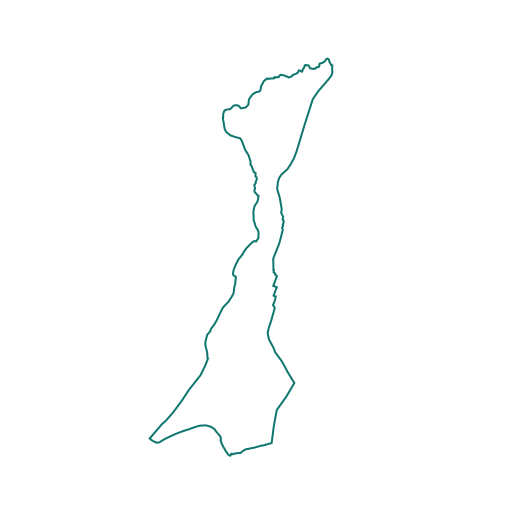 Seruyan, Kalimantan Tengah, Indonesia, rotated 21°
{"feature_id": "22746128B10156150641021", "entity_name": "Seruyan", "entity_type": "district", "adm_level": 2, "iso_a3": "IDN", "parent_name": "Indonesia", "parent_adm1": "Kalimantan Tengah", "projection": "equal_earth", "projection_center": [112.304, -2.121], "detail": "fine", "context": "isolated", "style": "outline", "palette": "teal", "viewbox_px": 512, "rotation_deg": 21, "n_neighbors": 0, "source": "geoboundaries", "source_scale": "gbopen_adm2", "svg_char_len": 5757}
<svg xmlns="http://www.w3.org/2000/svg" viewBox="0 0 512 512"><g transform="rotate(21 256 256)"><path d="M258.5,50.6L257.9,50.9L257.6,50.7L257.0,50.0L255.8,49.2L255.3,48.6L254.8,48.3L253.8,46.6L253.0,46.2L252.2,46.0L251.9,46.2L251.2,46.7L251.1,47.1L251.0,47.7L250.8,47.9L250.4,49.7L250.1,50.1L249.9,50.5L249.2,51.3L248.7,52.1L247.9,52.6L246.9,53.1L246.6,53.5L246.5,54.0L246.4,54.6L246.8,55.2L246.9,55.6L247.0,56.3L246.9,56.8L246.6,57.1L246.3,57.4L245.6,57.8L245.3,57.8L244.9,58.2L244.8,58.6L244.5,59.4L244.3,59.7L243.9,59.8L243.6,60.1L243.3,60.4L242.3,60.6L241.9,60.9L241.3,61.2L240.7,61.1L239.6,61.3L238.5,61.0L237.6,59.8L237.2,59.4L236.9,59.3L236.0,59.3L234.8,60.0L233.7,59.9L233.4,60.3L233.2,60.6L233.2,61.2L233.5,61.7L233.5,62.1L233.3,63.5L233.1,63.8L232.9,64.3L232.9,64.9L233.0,66.7L232.9,67.3L232.6,67.6L232.0,67.6L231.6,67.4L231.4,67.2L230.9,67.1L230.5,67.1L229.7,67.3L229.4,67.7L229.3,68.3L229.4,69.4L229.3,69.9L228.6,70.7L228.4,71.2L227.7,71.9L227.0,72.4L226.4,73.0L225.7,73.6L225.4,74.1L225.3,74.9L224.8,75.8L224.4,76.0L223.4,76.9L222.8,77.6L222.4,77.7L221.5,77.4L220.5,77.4L219.8,77.5L219.4,77.5L217.8,77.3L217.4,77.3L217.1,77.5L216.6,77.6L216.1,77.6L215.4,77.8L214.5,77.8L213.7,78.4L213.4,79.0L213.3,79.5L213.2,80.1L213.1,80.7L212.9,81.0L211.2,81.7L210.7,82.1L209.6,82.1L209.3,82.4L209.5,82.7L209.5,83.2L209.4,83.5L209.1,83.8L207.9,84.2L207.0,84.7L206.4,84.9L205.9,84.9L205.6,85.2L205.3,85.6L204.7,85.9L204.3,86.2L203.8,86.3L203.2,86.2L202.8,86.2L202.5,86.6L202.3,86.9L202.2,87.7L201.3,88.5L201.0,89.0L200.8,90.0L200.5,90.5L200.4,92.4L199.9,95.1L199.9,96.0L200.1,96.9L200.4,97.8L200.7,98.8L200.7,100.2L200.2,101.1L198.9,102.1L197.6,102.8L195.8,104.9L195.3,105.9L194.6,106.9L194.2,108.9L193.9,109.8L193.3,112.2L194.0,115.3L194.4,116.1L194.6,117.4L194.4,118.2L194.1,118.6L193.5,120.4L193.1,120.8L192.6,121.5L191.4,122.1L189.8,123.2L188.9,123.5L187.7,123.0L186.6,122.1L183.9,122.1L183.0,122.5L181.2,123.7L180.4,125.5L179.9,126.7L179.2,128.2L178.5,128.6L176.3,129.7L175.0,130.7L174.4,132.0L174.5,134.6L174.7,135.9L174.9,136.5L175.4,137.5L175.7,138.6L175.5,138.9L181.3,148.7L183.8,150.9L189.1,152.6L194.5,152.3L198.8,151.8L200.6,152.7L203.4,155.7L207.5,160.5L212.9,164.6L217.3,170.1L217.9,172.5L219.7,173.7L220.8,174.9L223.9,178.5L225.8,178.6L226.4,180.1L226.8,181.7L228.6,182.6L229.1,183.9L229.3,184.6L229.1,186.7L229.6,187.8L229.5,188.7L228.9,190.3L230.8,193.1L231.1,195.6L231.6,196.6L236.1,198.9L236.9,198.9L237.3,200.9L237.7,203.3L237.8,205.3L237.1,208.2L236.8,210.1L237.0,212.0L237.4,214.2L237.9,216.1L238.4,217.4L239.0,218.5L240.9,223.2L245.4,228.9L248.2,230.9L250.0,233.1L251.8,238.5L250.8,242.4L250.5,242.3L248.7,242.9L246.8,246.2L244.2,252.3L243.0,257.4L242.9,259.0L242.2,261.3L241.8,262.6L241.0,264.8L240.8,265.9L240.7,266.6L240.5,268.3L240.2,270.8L240.1,273.6L240.1,275.9L240.3,278.4L240.9,281.0L242.0,282.2L244.6,282.6L246.7,289.9L246.7,292.2L248.4,298.6L248.0,302.3L246.7,308.5L243.5,316.3L242.8,324.2L242.4,329.9L241.5,335.3L240.1,340.0L240.2,342.8L238.7,347.1L239.5,354.2L240.8,357.7L244.9,363.4L247.7,369.5L247.9,369.4L247.9,375.5L247.0,386.9L241.3,405.2L238.5,418.1L234.6,431.9L230.8,442.3L228.7,446.1L222.1,464.5L223.1,464.8L224.5,465.3L225.3,465.5L225.8,465.6L227.1,465.8L227.7,465.7L228.1,465.8L228.6,465.7L229.1,465.7L229.7,466.0L229.9,466.0L230.9,465.7L231.7,465.2L232.2,464.8L233.4,463.6L235.0,461.3L237.2,458.7L237.5,458.4L238.1,457.8L240.9,454.8L241.1,454.5L241.4,454.3L243.2,452.4L246.4,449.4L250.7,445.6L250.8,445.5L250.9,445.3L251.1,445.3L251.3,445.2L253.0,443.7L256.2,441.2L256.7,440.7L257.6,440.0L258.4,439.2L258.8,438.9L260.1,437.8L262.3,436.0L264.3,434.6L266.1,433.7L269.4,432.3L270.0,432.1L271.0,431.9L271.7,431.9L273.2,431.7L275.8,431.6L277.6,432.2L278.9,432.3L280.4,433.2L281.0,433.6L281.2,433.8L282.3,434.5L283.3,435.0L283.5,435.0L283.6,434.8L283.5,435.0L283.8,435.2L283.9,435.3L284.5,435.6L284.8,435.8L285.0,435.9L285.9,436.4L286.0,436.4L288.0,437.8L288.6,439.0L288.7,439.7L288.8,440.1L288.9,440.4L289.1,440.5L289.1,441.0L289.8,441.7L289.9,441.8L290.0,441.9L290.0,442.0L290.3,442.3L290.4,442.6L290.7,443.0L291.3,443.4L291.7,444.0L292.3,444.5L292.7,444.8L292.9,445.0L293.1,445.1L293.3,445.3L294.0,445.9L294.1,446.1L294.5,446.4L296.3,447.7L296.8,448.3L297.7,449.1L298.1,449.3L298.9,449.8L299.6,450.1L299.8,450.4L300.5,450.9L301.7,451.5L303.5,451.7L303.7,451.3L303.6,451.0L303.8,450.2L304.1,449.3L304.6,449.3L304.6,449.6L304.8,449.7L306.0,448.7L307.0,448.2L308.5,447.0L309.0,446.8L309.5,446.6L310.3,446.1L311.7,445.8L312.2,445.3L312.4,444.9L313.3,443.4L314.4,441.7L315.0,441.0L315.5,440.6L315.6,440.3L316.1,439.9L316.9,439.2L317.1,439.2L317.0,439.3L317.6,439.1L319.7,437.6L319.8,437.6L321.9,436.3L322.7,435.8L328.7,431.3L331.2,430.0L331.4,429.8L331.4,429.7L332.6,428.9L332.6,428.7L332.8,428.7L335.3,426.7L336.5,425.9L337.6,424.9L334.0,410.2L333.1,406.1L330.6,392.1L330.9,391.1L331.8,387.6L334.7,376.5L337.3,360.8L327.6,353.4L322.2,348.7L317.3,344.7L308.4,339.0L305.2,335.4L297.9,329.1L294.6,324.0L293.8,319.8L293.4,311.9L292.2,298.0L291.5,297.0L289.5,295.9L289.6,290.9L288.9,286.7L286.6,286.7L286.6,277.7L282.8,277.7L282.8,267.3L280.9,266.7L280.6,266.0L280.3,266.0L279.4,265.1L278.6,265.1L278.4,265.0L278.4,264.6L277.7,263.4L277.7,262.8L277.2,262.8L277.1,262.2L273.0,252.3L273.2,237.3L273.1,234.5L272.1,226.0L271.7,222.7L271.4,221.4L270.5,220.7L270.1,219.6L270.5,218.5L270.5,217.8L269.7,217.0L269.9,216.3L269.4,213.4L269.0,212.9L268.1,212.7L267.5,211.8L267.6,210.4L267.3,209.7L265.4,207.9L264.0,206.7L263.6,204.4L263.0,202.6L257.4,193.3L251.7,185.7L249.9,179.0L249.7,174.8L250.5,170.9L254.2,163.7L255.6,157.4L255.7,156.0L256.4,151.5L256.4,144.6L255.9,136.9L254.3,115.2L252.8,89.2L255.2,79.5L260.5,64.8L261.7,60.6L261.6,57.6L260.4,54.8L258.9,50.7L258.5,50.6Z" fill="none" stroke="#0f766e" stroke-width="2"/></g></svg>